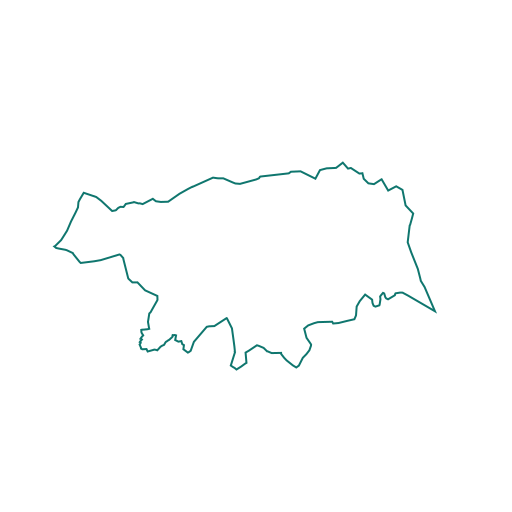 outline of Jema'A, Kaduna, Nigeria, rotated 220°
{"feature_id": "59680162B37059166930142", "entity_name": "Jema'A", "entity_type": "district", "adm_level": 2, "iso_a3": "NGA", "parent_name": "Nigeria", "parent_adm1": "Kaduna", "projection": "equal_earth", "projection_center": [8.262, 9.414], "detail": "fine", "context": "isolated", "style": "outline", "palette": "teal", "viewbox_px": 512, "rotation_deg": 220, "n_neighbors": 0, "source": "geoboundaries", "source_scale": "gbopen_adm2", "svg_char_len": 3597}
<svg xmlns="http://www.w3.org/2000/svg" viewBox="0 0 512 512"><g transform="rotate(220 256 256)"><path d="M162.9,389.6L173.9,390.9L186.3,400.8L193.4,399.5L196.8,391.1L209.1,395.5L209.2,395.3L211.8,386.9L216.6,383.9L223.1,384.4L227.7,387.8L228.1,387.3L229.8,385.6L239.9,384.4L241.7,382.1L249.5,383.3L251.3,375.0L252.3,374.0L258.2,368.6L260.9,364.8L262.2,362.9L260.2,353.4L276.3,349.5L283.4,343.0L284.0,340.4L303.7,319.7L303.9,319.2L303.7,317.4L305.1,314.7L314.6,301.0L318.4,298.3L321.1,297.4L330.9,294.5L335.3,290.9L339.3,288.4L349.1,268.1L349.3,268.1L351.1,263.8L354.6,254.5L358.2,241.1L363.7,236.2L367.7,233.7L367.9,233.6L371.2,233.5L371.8,233.5L376.2,222.9L378.8,221.7L379.9,220.7L384.1,218.9L384.1,218.7L389.2,212.2L389.0,209.3L389.0,208.4L391.4,206.6L392.0,205.4L392.5,204.0L392.7,201.2L393.0,200.6L395.1,198.0L410.0,198.8L416.3,198.5L428.6,193.7L427.4,186.3L426.7,183.2L423.6,178.8L422.1,173.1L419.9,163.6L417.0,154.0L415.9,146.0L415.5,142.9L416.3,134.4L416.6,133.7L414.2,133.7L413.3,134.2L412.1,134.8L406.1,138.2L404.7,138.8L398.2,140.5L397.0,140.0L387.4,138.1L385.8,138.0L376.6,147.9L372.3,153.0L361.6,169.4L360.5,169.7L356.4,169.1L355.5,168.3L339.6,156.8L339.0,156.6L333.7,156.3L330.3,159.2L329.9,159.6L318.9,158.4L308.4,161.3L305.9,162.0L303.3,159.1L303.1,158.5L301.0,147.2L300.6,145.2L300.8,143.4L296.4,136.1L291.8,132.2L291.0,131.6L291.4,131.0L292.0,130.2L292.5,129.7L293.1,129.0L293.5,128.7L294.4,127.7L295.6,126.6L296.1,126.1L296.3,125.8L296.4,125.6L295.7,125.0L295.1,124.2L294.5,123.8L293.9,123.5L293.3,123.3L293.0,123.2L292.7,123.1L292.0,122.9L291.7,122.8L291.4,122.7L291.5,121.1L291.5,120.4L291.4,119.4L291.3,118.4L290.8,118.6L290.5,118.6L289.9,118.7L289.7,118.7L289.7,117.6L289.8,116.3L289.7,115.4L289.2,115.5L288.8,115.6L288.7,115.6L288.5,115.3L288.3,114.3L288.3,113.4L284.6,111.5L284.5,111.2L283.1,111.5L280.1,114.3L277.6,113.2L274.2,118.2L273.8,118.9L272.3,119.8L271.0,120.3L270.8,125.2L270.3,126.8L269.3,128.9L269.3,129.0L269.4,129.3L269.8,131.5L269.8,132.3L269.7,132.7L269.5,133.1L269.4,133.6L269.3,133.9L269.0,135.1L268.8,135.5L268.6,136.2L268.5,137.0L268.4,137.4L268.4,137.9L268.2,138.9L268.1,140.5L268.2,140.9L268.5,141.3L268.8,141.5L269.0,141.6L269.0,141.9L268.2,142.4L267.4,143.3L266.2,143.8L263.9,139.7L260.4,140.5L258.5,142.8L255.8,141.1L253.9,141.4L251.7,137.9L246.1,138.2L245.7,139.1L245.1,141.4L248.4,150.3L248.2,170.1L246.7,172.0L242.8,175.6L242.6,176.4L238.6,189.5L238.3,189.6L227.9,185.1L219.3,177.3L214.5,172.9L211.3,169.8L210.8,169.0L210.3,168.9L204.9,155.9L201.9,156.2L200.5,156.5L200.0,156.5L198.0,156.5L196.3,161.8L195.1,166.7L194.6,168.0L201.9,175.3L200.6,178.9L197.9,188.2L196.0,189.0L191.1,190.5L186.2,190.1L185.9,190.4L181.6,191.7L174.5,197.9L173.7,197.1L169.0,196.1L165.5,195.7L157.5,195.9L153.5,196.5L152.7,199.6L154.7,208.1L154.3,213.2L154.5,218.1L156.2,222.6L156.9,223.6L158.1,224.0L164.7,225.8L172.4,231.3L171.4,236.4L168.3,241.9L166.1,245.1L155.4,254.6L153.5,253.9L149.7,257.7L144.6,264.7L140.0,270.8L141.1,274.5L141.5,275.2L142.3,276.3L146.4,282.0L147.5,288.1L147.6,296.6L140.6,297.1L139.0,297.2L136.9,295.2L136.4,294.8L133.9,293.5L132.0,294.0L129.8,297.5L130.1,298.3L132.7,302.6L132.8,302.8L134.9,304.8L135.0,306.3L135.0,309.4L134.3,309.6L133.7,309.7L130.5,307.6L130.2,307.5L129.4,307.3L129.1,307.2L128.6,307.3L127.0,307.7L124.4,315.2L124.8,315.9L124.9,316.1L125.1,317.1L122.1,320.6L120.1,322.2L119.8,322.2L118.9,322.4L114.1,323.4L83.4,328.7L106.9,340.6L113.8,342.9L114.3,343.3L115.6,344.3L123.7,350.1L139.5,358.6L148.6,364.0L155.1,373.9L157.9,378.2L158.0,379.0L160.8,385.2L162.9,389.6Z" fill="none" stroke="#0f766e" stroke-width="2"/></g></svg>